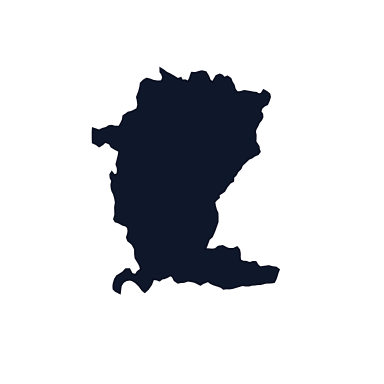 outline of Nazareno, Minas Gerais, Brazil, rotated 33°
{"feature_id": "56859067B84580944201233", "entity_name": "Nazareno", "entity_type": "district", "adm_level": 2, "iso_a3": "BRA", "parent_name": "Brazil", "parent_adm1": "Minas Gerais", "projection": "orthographic", "projection_center": [-44.605, -21.212], "detail": "fine", "context": "isolated", "style": "filled", "palette": "ink", "viewbox_px": 384, "rotation_deg": 33, "n_neighbors": 0, "source": "geoboundaries", "source_scale": "gbopen_adm2", "svg_char_len": 3401}
<svg xmlns="http://www.w3.org/2000/svg" viewBox="0 0 384 384"><g transform="rotate(33 192 192)"><path d="M92.1,121.5L90.5,124.6L89.6,128.7L91.3,132.3L92.7,136.5L94.0,142.5L96.5,144.9L99.3,148.3L100.6,152.2L99.1,154.9L97.4,157.7L95.1,160.0L94.1,162.7L92.8,165.6L94.4,169.0L94.9,172.5L95.2,176.7L91.6,179.1L88.5,180.0L86.2,182.0L85.1,184.7L82.5,187.6L80.3,191.0L77.4,191.6L73.9,192.5L75.5,195.3L77.2,198.0L79.6,201.6L81.8,204.8L85.7,204.2L89.4,204.5L91.1,200.9L92.0,197.3L96.8,196.5L99.6,198.1L104.0,198.0L108.7,197.5L110.1,200.6L111.8,205.4L113.4,210.1L116.6,212.5L118.2,214.9L119.5,217.6L117.6,220.1L113.7,218.7L113.8,222.0L116.0,224.7L118.9,226.3L120.2,229.9L122.4,232.7L124.6,234.7L127.6,236.4L131.0,239.5L133.7,242.4L135.5,246.6L137.5,249.5L140.0,253.1L141.2,257.3L143.8,258.6L147.0,257.7L151.6,257.4L154.9,256.4L157.6,256.9L159.8,259.4L161.0,262.1L162.0,265.7L164.9,267.8L167.7,268.0L170.6,268.5L175.2,271.1L177.7,274.9L180.4,278.2L183.8,279.8L186.5,281.1L188.9,282.6L191.1,284.8L189.7,288.4L189.7,292.1L186.2,293.3L181.5,290.6L178.4,292.7L177.7,296.9L176.3,300.0L174.7,303.3L174.7,307.0L175.9,311.2L177.1,313.8L178.9,316.2L181.7,316.8L186.9,316.3L185.0,312.5L183.5,309.3L183.4,305.3L185.0,301.9L187.6,299.5L190.1,298.7L194.0,298.6L198.6,299.5L201.6,300.6L204.1,301.5L207.0,301.8L208.1,297.5L208.3,291.8L207.7,289.0L207.1,286.2L210.1,284.7L213.1,284.1L214.1,281.1L216.0,279.3L217.7,276.9L219.2,273.8L221.8,273.6L225.5,275.8L229.7,275.9L231.9,273.7L234.4,271.9L236.8,268.8L240.2,267.2L243.2,266.1L246.4,265.7L249.7,265.4L250.9,262.6L252.5,260.4L254.1,258.1L257.2,258.4L261.0,257.8L265.3,256.6L268.5,255.9L271.2,256.2L273.3,254.3L275.7,252.9L278.2,250.8L280.1,248.6L282.5,245.8L285.1,242.7L288.2,241.3L291.0,239.4L292.9,237.2L295.1,235.7L297.2,233.8L299.4,232.3L301.4,230.3L303.1,228.3L305.4,226.6L307.6,225.1L310.1,222.9L309.7,219.1L308.7,215.4L307.9,212.8L307.3,209.6L303.6,209.4L300.4,211.0L296.6,212.2L293.2,215.2L290.1,217.9L286.9,217.4L283.6,215.8L281.2,217.2L279.0,220.0L275.5,220.8L272.6,222.5L269.7,222.8L267.7,220.5L265.8,217.4L263.2,214.7L259.8,213.5L257.6,217.1L253.6,219.6L250.8,220.1L247.1,220.4L243.7,223.4L242.6,227.1L240.0,229.3L237.3,230.7L234.1,232.6L233.7,229.3L233.0,226.3L232.1,222.4L233.2,218.6L232.2,212.5L231.0,207.4L229.9,203.0L227.3,199.0L225.0,195.7L221.8,193.6L218.8,190.9L216.4,188.2L216.8,185.0L217.8,182.0L216.0,179.6L217.3,177.3L218.8,173.7L218.5,168.8L219.0,163.7L220.8,160.4L218.8,157.1L219.6,153.9L219.3,150.1L220.2,145.7L219.5,142.4L220.6,138.2L221.7,133.3L223.5,130.9L224.7,127.7L226.9,124.4L227.1,121.2L224.9,119.5L223.3,117.5L220.9,116.4L217.9,115.1L216.2,112.1L214.5,109.4L212.0,106.9L211.2,104.0L211.1,101.3L210.5,97.2L210.9,93.6L210.5,90.8L208.6,88.3L205.7,87.1L204.8,83.8L205.8,80.2L207.5,77.5L206.8,73.3L205.8,69.7L203.7,67.6L200.4,67.2L196.4,67.4L196.5,71.8L194.6,73.6L191.9,73.6L189.5,74.9L186.5,76.1L183.5,77.4L180.6,78.7L178.2,81.6L175.4,83.6L172.0,82.3L168.8,79.4L165.7,78.0L162.7,75.8L158.8,75.6L156.6,78.7L154.0,77.7L151.2,78.2L149.0,81.3L149.2,85.2L149.4,88.7L146.1,88.4L143.7,86.6L141.5,85.3L138.2,83.8L134.4,85.2L132.0,87.7L130.0,90.2L126.7,92.0L127.3,94.7L128.2,97.9L128.5,101.5L125.5,101.8L122.9,103.8L120.4,102.2L118.5,104.8L114.5,104.8L109.4,105.1L105.7,105.6L101.3,105.3L97.8,105.4L100.0,108.6L102.8,109.7L105.4,111.9L106.0,115.5L103.2,117.7L99.1,119.6L95.2,120.4L92.1,121.5Z" fill="#0f172a" stroke="#020617" stroke-width="1.5"/></g></svg>